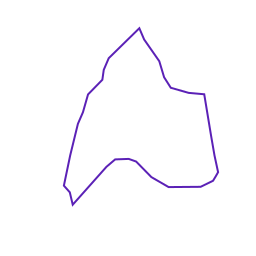 the district of Dongdaemun-gu, Seoul, South Korea, rotated 334°
{"feature_id": "91817680B25965069984368", "entity_name": "Dongdaemun-gu", "entity_type": "district", "adm_level": 2, "iso_a3": "KOR", "parent_name": "South Korea", "parent_adm1": "Seoul", "projection": "orthographic", "projection_center": [127.054, 37.571], "detail": "fine", "context": "isolated", "style": "outline", "palette": "violet", "viewbox_px": 256, "rotation_deg": 334, "n_neighbors": 0, "source": "geoboundaries", "source_scale": "gbopen_adm2", "svg_char_len": 520}
<svg xmlns="http://www.w3.org/2000/svg" viewBox="0 0 256 256"><g transform="rotate(334 128 128)"><path d="M181.9,43.3L141.3,56.8L131.7,65.1L126.1,73.4L106.8,80.3L94.4,94.1L84.8,102.3L64.1,127.2L45.1,151.7L47.5,160.3L44.7,172.7L58.6,167.0L91.7,153.4L102.7,150.6L115.1,156.1L120.6,161.7L127.5,182.4L138.6,198.9L167.5,212.7L181.3,212.7L185.5,210.0L189.6,207.2L193.7,190.6L199.3,171.3L211.3,131.1L197.9,123.0L184.1,110.6L182.7,98.2L185.4,81.7L181.3,55.5L181.9,43.3Z" fill="none" stroke="#5b21b6" stroke-width="2"/></g></svg>